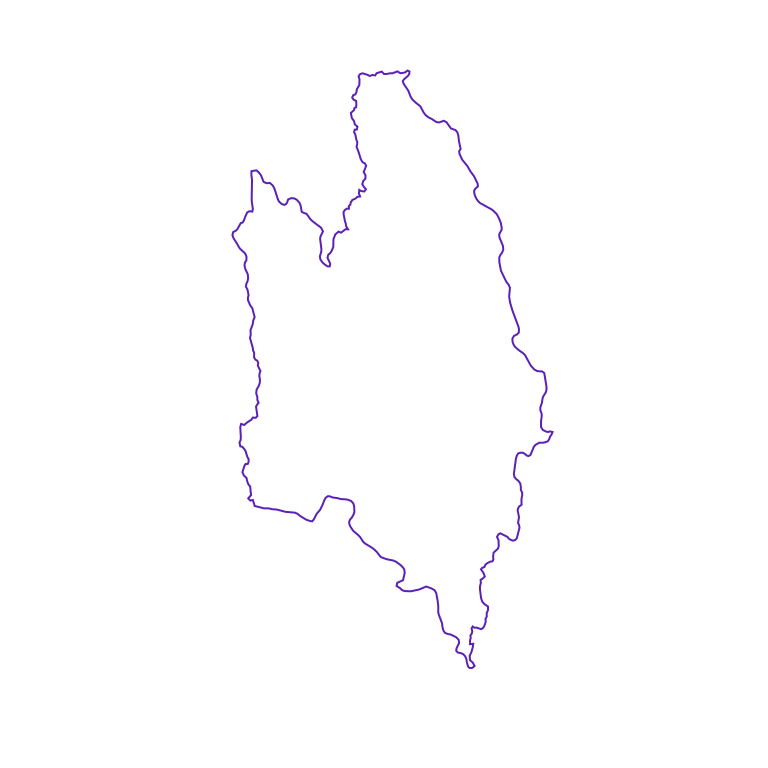 outline of Corinto, Minas Gerais, Brazil, rotated 158°
{"feature_id": "56859067B40902909569794", "entity_name": "Corinto", "entity_type": "district", "adm_level": 2, "iso_a3": "BRA", "parent_name": "Brazil", "parent_adm1": "Minas Gerais", "projection": "equal_earth", "projection_center": [-44.609, -18.312], "detail": "fine", "context": "isolated", "style": "outline", "palette": "violet", "viewbox_px": 768, "rotation_deg": 158, "n_neighbors": 0, "source": "geoboundaries", "source_scale": "gbopen_adm2", "svg_char_len": 6145}
<svg xmlns="http://www.w3.org/2000/svg" viewBox="0 0 768 768"><g transform="rotate(158 384 384)"><path d="M448.0,192.0L445.7,188.9L444.4,186.0L442.2,184.2L436.9,181.8L428.6,180.3L420.7,180.4L416.5,176.6L414.3,173.8L413.9,170.6L415.5,162.7L416.8,158.0L419.2,152.1L419.6,149.6L419.8,140.8L421.1,135.4L421.2,132.6L420.6,130.3L418.5,128.3L416.2,126.9L412.1,122.4L410.6,119.0L411.3,115.8L415.7,111.8L417.0,109.6L416.1,107.3L413.8,105.9L411.7,103.8L410.7,100.9L410.7,97.9L411.3,95.5L411.9,90.5L411.0,88.6L408.6,87.7L405.6,88.6L406.1,92.5L407.7,95.7L406.4,99.9L403.6,102.4L400.3,106.7L398.6,109.7L401.7,110.5L400.4,113.8L398.8,116.0L398.0,118.5L396.1,119.7L394.8,121.6L394.3,124.7L392.6,125.9L391.5,124.1L389.6,123.6L385.8,120.3L384.0,120.6L382.1,121.6L380.3,123.6L378.7,125.6L377.9,128.2L375.9,129.8L374.6,133.1L372.2,135.5L370.9,138.7L373.2,142.1L374.4,145.2L374.2,149.1L371.9,157.8L370.7,160.6L368.8,163.1L367.8,166.2L365.5,166.6L362.7,167.7L362.5,171.1L363.5,175.9L361.8,176.8L359.6,176.6L357.6,178.5L355.4,179.2L352.3,179.5L349.8,179.0L348.3,180.4L347.4,183.4L345.5,186.6L340.1,188.6L338.4,190.6L336.3,196.4L336.5,199.9L334.3,201.7L332.1,202.0L326.8,196.0L326.1,193.6L324.8,192.0L323.1,190.4L320.6,190.2L318.5,191.4L312.2,200.0L311.6,202.6L311.8,204.9L308.7,210.0L307.3,217.2L304.9,219.7L301.7,220.5L299.8,225.5L297.4,229.4L296.6,231.5L296.8,234.6L295.8,236.9L294.9,240.7L295.7,243.9L297.0,246.2L297.9,248.8L297.3,251.9L289.5,265.6L287.4,268.1L285.4,269.4L283.3,269.2L281.0,268.2L279.5,266.4L278.5,264.2L276.9,263.0L274.7,263.4L268.7,269.5L266.5,270.8L262.1,271.4L257.7,269.7L253.7,269.5L251.4,271.0L249.9,272.9L247.8,274.2L245.7,276.3L247.9,277.9L249.9,278.0L251.9,279.5L254.0,282.0L254.5,285.3L252.3,290.8L249.7,295.2L248.9,297.9L248.9,301.1L247.8,303.8L244.8,307.2L242.2,311.5L240.8,313.0L237.3,315.5L235.4,317.9L234.3,320.9L231.3,334.1L232.7,336.4L237.0,338.5L239.2,341.1L241.0,346.0L242.4,357.8L243.5,360.5L246.5,365.1L248.6,369.4L249.1,372.1L249.0,374.9L248.0,377.9L245.5,379.9L242.5,380.1L239.9,381.0L238.4,384.0L237.9,386.4L237.4,404.1L236.6,412.2L235.2,418.2L231.2,426.0L231.2,429.1L232.3,433.0L232.6,436.7L233.1,445.4L231.5,453.4L229.8,458.0L227.7,460.1L225.4,461.5L223.1,463.8L222.0,467.5L222.0,477.0L221.0,479.8L217.4,482.7L216.4,484.5L215.3,489.9L215.4,495.4L215.8,499.1L217.0,502.1L218.6,505.3L227.1,515.7L228.1,518.0L228.9,520.8L229.1,524.6L228.7,527.5L227.9,529.6L225.9,531.0L223.0,531.9L222.1,534.7L222.7,543.0L224.2,548.6L225.0,554.6L227.5,562.8L227.8,569.1L227.1,571.7L224.9,573.2L223.6,580.7L222.0,586.6L221.7,589.9L222.6,592.6L226.2,595.9L228.0,603.3L230.0,605.7L234.6,605.8L237.2,607.1L240.4,611.8L242.8,614.5L244.6,617.5L245.5,620.6L246.3,627.9L249.4,633.4L251.1,637.2L251.7,640.5L251.6,647.0L253.3,654.8L253.2,657.7L251.5,658.9L246.2,660.8L244.4,662.0L243.3,664.3L244.8,665.8L247.8,665.0L250.5,665.5L252.5,666.1L254.4,668.8L259.8,668.9L261.8,669.8L264.8,670.3L267.8,671.4L269.1,674.5L274.4,674.9L276.6,673.4L279.1,674.9L281.8,674.9L283.9,677.2L287.5,680.1L290.1,680.3L292.3,678.8L292.6,675.6L294.9,670.4L298.6,667.6L300.4,664.7L302.2,663.2L304.3,663.3L306.2,661.5L305.7,659.1L303.8,656.9L304.9,653.6L306.2,651.0L308.0,651.0L309.2,649.2L313.2,647.7L314.2,642.6L313.3,639.2L313.8,635.6L312.2,632.6L313.9,630.1L315.9,630.8L317.4,628.7L317.1,626.4L318.1,620.9L318.2,618.1L319.2,616.1L320.6,614.2L320.7,608.1L321.3,601.2L320.8,597.7L319.1,595.7L318.8,593.0L323.4,588.2L323.0,584.5L324.2,581.5L327.3,579.9L329.3,577.3L328.8,574.4L327.8,571.3L330.2,569.9L332.9,571.4L334.2,573.2L335.9,570.1L335.9,566.8L338.4,567.5L341.2,566.6L344.4,566.5L346.9,564.7L348.1,562.8L349.8,562.3L351.0,559.6L352.7,560.5L355.1,560.0L357.0,558.7L357.9,556.3L359.2,549.6L359.4,546.8L360.0,544.7L359.4,540.9L361.8,541.9L367.1,540.4L369.0,542.3L373.2,540.9L376.6,537.2L379.7,530.0L383.2,526.6L385.1,525.4L387.2,524.8L389.1,522.2L388.8,515.8L390.2,513.4L392.1,514.1L393.9,516.5L395.6,519.9L396.3,523.5L395.6,526.4L392.6,530.2L391.6,532.2L388.8,542.7L387.4,544.8L383.4,548.3L383.8,552.5L389.2,561.5L390.5,564.3L392.1,570.9L394.1,572.5L395.8,574.5L394.4,581.0L394.5,583.6L395.8,587.4L397.7,589.7L400.5,591.1L403.8,591.0L405.8,588.6L407.4,587.5L409.3,587.4L411.5,589.3L413.0,592.5L413.2,595.0L412.4,605.8L412.7,609.5L414.5,613.2L417.8,614.2L419.9,616.5L419.9,623.8L420.8,627.1L422.3,629.9L427.1,631.0L428.5,628.0L430.0,622.4L437.3,605.3L438.2,602.8L440.0,595.5L441.5,593.2L444.1,594.6L446.6,594.3L450.4,590.7L452.5,588.2L454.8,586.6L456.5,586.9L461.8,582.6L464.0,581.6L466.9,581.4L468.8,578.8L468.9,575.6L467.7,569.1L467.4,566.2L466.8,563.4L463.8,557.0L463.8,553.6L465.3,550.1L467.1,549.0L468.4,547.3L469.2,545.1L469.5,542.5L469.2,536.8L470.3,533.1L472.0,530.4L473.9,528.7L475.6,526.0L475.2,522.8L476.3,517.1L477.7,515.2L478.7,512.8L478.6,507.1L477.7,503.7L478.9,494.4L481.4,491.9L483.4,488.5L487.6,483.9L489.2,479.4L491.0,476.9L492.1,466.8L492.8,464.2L492.7,461.6L494.5,457.3L494.1,454.9L492.8,453.0L492.6,450.7L494.1,448.4L493.7,442.3L495.2,440.7L496.6,438.2L497.4,434.6L498.6,431.8L500.6,429.4L504.3,426.4L506.0,423.2L506.3,419.4L507.4,416.7L507.3,413.5L509.1,412.6L511.1,411.0L513.4,401.7L515.7,400.7L518.1,402.0L520.5,400.5L525.0,399.7L529.0,398.4L531.4,400.5L533.4,397.9L536.6,388.5L537.9,385.8L539.9,383.8L540.6,380.1L538.8,378.7L537.9,376.0L537.5,373.4L538.0,368.0L537.7,364.9L538.8,362.4L540.3,360.9L542.3,361.7L544.0,360.5L548.3,355.3L548.2,351.7L546.7,348.5L547.3,344.8L547.3,341.6L546.5,339.1L548.9,330.7L552.7,328.9L551.7,326.0L549.0,325.6L549.6,319.4L541.9,313.7L537.3,311.8L534.8,309.9L530.5,307.8L523.1,302.3L514.8,298.1L512.7,295.9L511.2,293.1L507.0,287.4L503.6,284.4L501.9,283.6L499.9,284.7L494.8,289.0L490.5,291.2L486.3,294.9L482.7,298.8L480.6,300.4L478.0,301.0L476.1,300.0L474.4,298.2L469.7,295.5L467.4,293.6L463.3,291.7L460.5,290.0L458.2,287.7L457.2,284.6L457.5,281.8L459.3,276.6L460.8,274.7L464.0,272.1L466.2,271.1L468.0,269.2L468.6,267.0L468.6,264.5L467.6,259.5L464.7,254.0L463.4,250.8L462.5,245.8L461.4,243.3L456.6,236.9L454.8,233.8L453.5,230.7L451.8,224.7L447.1,220.5L441.6,216.9L439.5,214.8L436.4,209.8L435.2,207.0L434.7,204.4L435.5,201.2L439.8,195.0L446.2,194.7L448.0,192.0Z" fill="none" stroke="#5b21b6" stroke-width="2"/></g></svg>